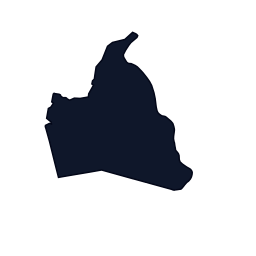 Avelino Lopes, Piauí, Brazil, rotated 306°
{"feature_id": "56859067B19976074520340", "entity_name": "Avelino Lopes", "entity_type": "district", "adm_level": 2, "iso_a3": "BRA", "parent_name": "Brazil", "parent_adm1": "Piauí", "projection": "mercator", "projection_center": [-43.895, -10.208], "detail": "fine", "context": "isolated", "style": "filled", "palette": "ink", "viewbox_px": 256, "rotation_deg": 306, "n_neighbors": 0, "source": "geoboundaries", "source_scale": "gbopen_adm2", "svg_char_len": 1708}
<svg xmlns="http://www.w3.org/2000/svg" viewBox="0 0 256 256"><g transform="rotate(306 128 128)"><path d="M208.1,75.5L197.8,73.4L188.1,65.2L182.1,63.4L167.9,67.0L158.7,66.3L151.9,69.8L147.8,72.0L145.3,71.6L142.4,72.9L142.5,74.9L132.6,76.1L129.8,77.7L123.8,71.9L120.6,67.0L116.2,64.5L116.0,63.1L115.8,61.8L116.1,60.5L115.6,59.1L114.8,58.5L114.4,57.5L114.2,56.3L114.2,55.2L115.0,53.9L114.8,52.4L113.9,50.7L113.0,49.0L112.6,47.8L111.5,47.6L104.3,51.0L104.3,53.1L99.5,53.3L97.0,52.1L88.0,56.5L87.7,62.1L86.3,63.6L85.6,61.8L81.6,59.7L80.5,60.3L79.2,62.1L71.0,72.4L55.1,91.3L47.2,100.8L49.5,103.0L57.8,111.1L63.9,117.1L69.2,122.3L78.5,131.3L89.8,161.6L90.4,163.1L104.0,199.3L104.4,200.9L104.9,201.9L105.7,202.6L107.3,204.3L108.8,205.8L109.6,206.7L110.8,207.0L112.1,207.1L113.7,207.2L115.1,207.2L118.5,207.5L120.7,208.2L122.3,208.3L123.4,208.4L124.8,208.2L125.8,208.0L126.9,207.6L128.1,207.1L129.1,206.5L130.0,205.9L130.8,204.6L131.3,203.0L131.3,201.9L130.9,198.3L130.8,193.2L131.2,190.0L132.6,188.0L135.7,185.5L136.7,184.1L137.2,182.8L138.0,179.6L139.7,177.9L140.9,176.6L141.9,175.6L143.2,174.4L143.9,173.4L145.1,172.1L146.1,171.1L148.2,169.7L151.2,168.1L153.5,166.8L154.4,166.1L156.2,164.1L158.0,161.6L158.7,158.9L159.2,152.5L159.1,151.2L158.5,149.8L157.7,148.2L157.6,145.3L158.0,143.1L159.1,141.2L161.6,138.4L167.8,132.6L171.8,128.2L176.3,122.1L178.2,118.2L179.7,113.9L181.4,107.9L182.0,105.1L182.2,103.8L182.5,102.2L182.9,99.6L182.8,97.1L182.4,95.0L181.9,92.7L180.6,90.6L180.4,89.4L180.5,88.1L181.0,86.9L181.9,84.8L182.8,82.8L184.6,81.1L188.3,80.5L189.8,80.3L195.3,80.0L198.8,80.1L206.5,82.0L208.4,81.6L208.8,80.2L208.8,78.9L208.3,76.6L208.1,75.5Z" fill="#0f172a" stroke="#020617" stroke-width="1.5"/></g></svg>